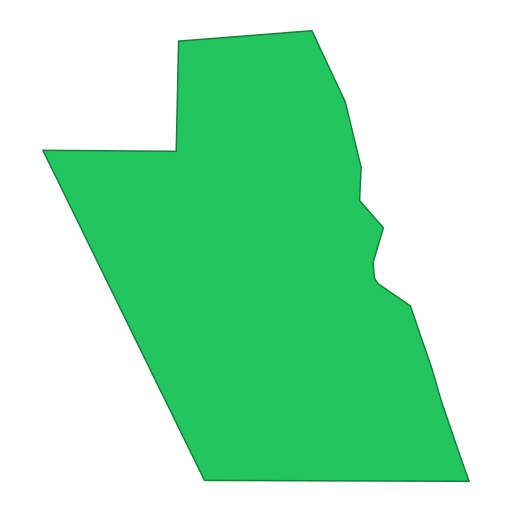 Qasima, Shamal Sina', Egypt (orthographic projection)
{"feature_id": "37247803B24800496222401", "entity_name": "Qasima", "entity_type": "district", "adm_level": 2, "iso_a3": "EGY", "parent_name": "Egypt", "parent_adm1": "Shamal Sina'", "projection": "orthographic", "projection_center": [34.453, 30.447], "detail": "fine", "context": "isolated", "style": "filled", "palette": "green", "viewbox_px": 512, "rotation_deg": 0, "n_neighbors": 0, "source": "geoboundaries", "source_scale": "gbopen_adm2", "svg_char_len": 380}
<svg xmlns="http://www.w3.org/2000/svg" viewBox="0 0 512 512"><path d="M139.9,348.5L204.5,480.4L469.1,481.3L460.9,458.3L441.2,400.7L431.8,368.3L418.0,328.4L410.5,306.0L378.0,283.7L374.4,278.1L373.1,262.5L383.4,227.8L359.6,200.6L361.1,167.2L345.3,102.0L321.6,51.6L311.9,30.7L178.6,41.1L176.2,151.3L42.9,150.3L139.9,348.5Z" fill="#22c55e" stroke="#15803d" stroke-width="1.5"/></svg>